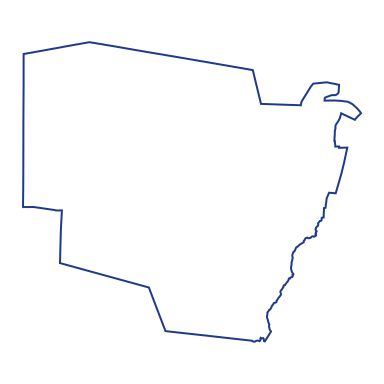 the district of Sobremonte, Córdoba, Argentina
{"feature_id": "61730980B85685003882590", "entity_name": "Sobremonte", "entity_type": "district", "adm_level": 2, "iso_a3": "ARG", "parent_name": "Argentina", "parent_adm1": "Córdoba", "projection": "orthographic", "projection_center": [-63.921, -29.792], "detail": "fine", "context": "isolated", "style": "outline", "palette": "blue", "viewbox_px": 384, "rotation_deg": 0, "n_neighbors": 0, "source": "geoboundaries", "source_scale": "gbopen_adm2", "svg_char_len": 3919}
<svg xmlns="http://www.w3.org/2000/svg" viewBox="0 0 384 384"><path d="M23.7,54.0L23.7,54.3L23.6,56.2L23.6,83.6L23.5,102.8L23.4,120.3L23.3,174.3L23.2,191.7L23.0,206.4L23.1,207.1L23.5,207.1L33.6,207.0L54.4,210.0L56.0,210.5L61.9,210.4L60.9,229.3L60.4,246.8L60.0,263.1L148.9,287.5L150.0,290.5L156.7,308.1L165.5,331.1L183.3,333.1L205.4,335.5L214.2,336.5L215.2,336.6L250.9,340.6L252.1,340.7L252.4,341.2L254.6,341.8L255.7,341.1L257.1,340.6L257.4,340.6L258.4,340.7L259.5,341.2L260.2,340.5L260.5,339.8L260.3,338.7L260.7,337.8L261.6,338.3L262.6,338.2L263.3,338.2L263.7,339.1L264.0,341.0L264.6,341.3L264.8,341.4L271.0,331.6L270.6,330.9L269.7,329.6L269.3,327.7L269.0,326.4L269.3,324.3L268.7,323.3L268.3,322.0L267.9,320.3L267.7,319.6L267.2,318.0L266.9,316.7L267.3,314.9L267.4,313.7L267.4,312.6L267.6,312.2L268.3,311.4L269.3,309.8L270.2,309.4L270.9,308.2L271.4,307.4L271.8,305.9L273.0,304.7L274.0,302.9L275.7,302.6L276.6,301.8L276.6,300.9L278.1,298.5L279.4,296.8L280.5,295.4L280.9,294.8L280.9,294.3L280.9,293.6L280.5,292.7L280.4,291.9L280.7,290.7L281.8,289.6L282.1,289.1L282.9,287.6L283.3,287.4L283.3,286.6L283.5,286.0L283.9,285.3L284.5,285.3L285.0,285.1L285.3,284.3L286.0,283.6L286.5,282.8L286.8,282.4L287.7,281.5L288.3,280.4L288.8,278.9L289.2,278.3L289.6,278.3L289.8,278.5L290.2,278.4L290.3,277.9L290.7,277.5L291.2,277.2L292.2,277.0L292.8,276.2L292.8,275.7L292.5,275.1L292.8,275.0L293.4,274.4L293.1,273.7L292.9,273.4L292.4,272.8L292.0,272.1L291.8,271.6L291.6,271.0L291.5,270.5L291.3,270.0L291.2,269.3L291.1,268.9L291.1,267.3L291.1,266.7L291.2,266.4L291.4,265.8L291.5,265.2L291.5,264.8L291.5,264.3L291.5,263.8L291.6,263.3L291.6,262.7L291.6,262.3L292.1,260.6L292.3,260.0L292.4,259.0L292.7,258.2L292.7,257.6L292.6,257.1L292.4,256.3L292.3,255.7L292.3,255.4L292.3,255.2L292.4,254.9L292.5,254.4L292.7,253.9L293.0,253.1L293.4,252.2L293.5,252.1L293.6,251.7L294.3,251.5L294.6,250.9L295.0,250.2L295.3,249.6L295.5,248.9L295.8,248.4L296.1,247.6L296.3,247.4L296.9,247.1L297.4,246.6L298.1,246.3L298.3,246.0L298.9,245.4L299.9,244.5L303.4,242.4L303.8,242.0L303.8,240.9L304.3,240.2L304.7,240.0L304.8,239.7L305.3,238.5L306.2,237.9L307.3,237.6L307.9,238.1L308.9,238.3L309.9,238.0L310.8,237.7L311.3,237.0L312.0,236.5L313.0,236.3L313.5,236.6L314.3,236.6L314.5,236.5L314.7,236.4L314.8,236.2L315.1,236.1L315.4,235.9L315.5,235.8L315.6,235.7L315.8,235.5L315.9,235.4L316.1,235.4L316.1,235.2L316.0,234.9L315.9,234.8L315.7,234.7L315.4,234.3L315.4,234.2L315.5,233.9L315.6,233.7L315.9,233.4L316.0,233.1L315.9,232.8L315.9,232.6L316.0,232.4L316.1,232.2L316.5,231.8L316.6,231.6L316.6,231.4L316.6,231.1L316.5,230.9L316.4,230.8L316.2,230.8L315.9,230.7L315.8,230.4L315.7,230.0L315.7,229.8L315.6,229.6L315.5,229.4L315.6,229.2L315.7,228.7L315.9,228.5L315.9,228.4L315.9,228.2L316.0,228.1L316.1,227.9L316.2,227.7L316.3,227.6L316.4,227.4L316.9,226.6L317.4,226.3L318.0,225.7L318.2,225.1L318.2,224.6L318.1,223.3L318.4,222.8L318.8,222.5L319.7,221.1L320.2,221.0L321.1,220.8L321.4,220.4L321.5,220.0L321.6,219.7L321.6,218.9L321.7,218.5L321.6,218.1L322.3,217.5L323.6,217.5L324.0,208.1L325.5,207.8L326.7,198.2L329.1,192.7L335.7,193.3L341.3,174.0L344.1,162.5L347.3,147.6L339.0,147.8L339.1,146.5L335.3,146.6L335.3,145.5L335.1,144.2L334.8,140.9L334.4,140.9L334.4,139.7L334.7,135.8L334.9,130.6L335.3,128.9L335.5,128.3L335.4,126.4L335.7,125.1L336.9,123.2L338.5,120.8L340.0,117.8L340.2,116.8L340.9,114.4L341.2,113.3L347.0,116.1L354.9,119.8L355.6,118.7L355.8,118.5L361.0,113.2L360.1,111.8L358.5,109.9L356.5,107.8L352.5,104.2L348.1,101.8L341.2,100.9L334.7,100.5L332.9,100.5L324.6,100.6L324.6,98.7L325.3,97.5L331.4,95.2L335.6,95.1L337.6,93.9L338.6,92.5L339.1,84.8L326.7,82.3L314.8,83.5L313.3,83.6L310.7,86.8L310.1,87.8L301.5,101.7L300.8,105.3L299.0,105.2L261.0,103.9L259.0,95.7L252.8,70.1L179.2,57.4L144.2,51.5L127.9,48.7L115.9,46.6L99.3,43.8L89.4,42.2L67.9,46.0L56.6,48.1L49.3,49.4L45.5,50.1L36.1,51.8L31.7,52.6L29.9,52.9L23.7,54.0Z" fill="none" stroke="#1e3a8a" stroke-width="2"/></svg>